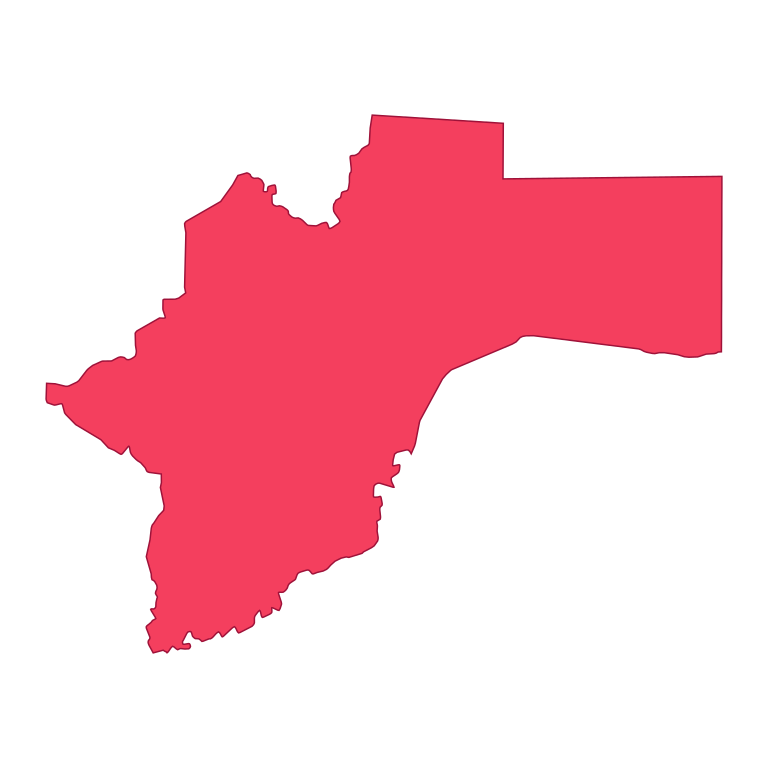 outline of Otjozondjupa
{"feature_id": "NAM-3349", "entity_name": "Otjozondjupa", "entity_type": "Region", "adm_level": 1, "iso_a3": "NAM", "parent_name": "Namibia", "parent_adm1": "", "projection": "natural_earth1", "projection_center": [17.471, -20.567], "detail": "fine", "context": "isolated", "style": "filled", "palette": "rose", "viewbox_px": 768, "rotation_deg": 0, "n_neighbors": 0, "source": "natural_earth", "source_scale": "10m", "svg_char_len": 6037}
<svg xmlns="http://www.w3.org/2000/svg" viewBox="0 0 768 768"><path d="M721.9,176.4L721.9,188.1L721.8,206.7L721.8,225.3L721.7,243.9L721.7,262.5L721.6,281.1L721.6,299.7L721.5,318.3L721.5,336.9L721.4,351.8L718.2,352.0L716.0,353.2L714.2,353.6L706.2,354.1L699.4,356.4L697.6,356.9L688.9,357.2L684.2,356.7L677.8,354.7L664.3,352.7L659.2,352.7L654.8,353.6L652.3,353.4L646.5,352.2L644.1,351.4L640.9,349.6L638.7,348.9L536.9,336.1L533.6,335.7L526.1,335.8L522.6,336.4L520.1,337.6L516.1,341.9L512.2,344.1L451.8,369.6L450.6,370.4L446.2,374.5L442.5,378.9L420.0,420.4L419.4,422.5L415.4,443.1L414.5,446.1L411.2,453.8L410.2,452.0L409.4,451.0L408.1,450.0L406.1,450.0L397.0,452.3L394.6,454.1L393.2,459.8L392.7,464.3L392.7,465.6L393.2,465.8L394.3,465.7L398.4,464.8L399.4,464.8L399.8,465.3L399.8,466.5L399.5,469.5L399.1,471.0L398.4,472.5L396.9,473.8L392.4,476.8L391.3,477.9L391.2,479.4L391.4,480.8L391.8,482.2L393.6,486.0L394.0,487.2L393.3,487.3L380.1,483.3L378.9,483.1L377.7,483.3L376.4,483.8L375.1,484.7L374.0,486.1L373.6,488.9L373.4,495.7L373.6,496.8L374.3,497.1L375.4,497.2L378.1,497.0L380.2,496.4L380.7,496.7L381.1,497.8L382.0,502.5L382.2,504.0L382.0,505.3L380.1,507.2L379.8,508.6L379.8,510.1L380.5,516.4L380.5,517.9L380.2,519.2L376.9,521.2L376.8,522.2L376.8,522.7L377.2,524.4L377.4,525.6L377.4,526.7L377.1,531.0L378.1,537.2L378.1,539.0L377.6,541.0L374.2,545.8L371.5,547.7L363.6,551.8L362.1,553.3L348.9,557.4L346.2,556.9L341.0,558.2L335.0,561.2L330.7,565.1L328.1,568.0L326.6,569.3L323.2,571.0L317.3,572.4L313.6,573.8L312.8,573.9L312.0,573.6L310.0,571.2L308.8,570.2L307.7,570.0L306.4,570.2L300.5,572.0L299.1,572.6L297.9,573.4L297.0,575.0L295.5,579.2L294.8,579.9L290.7,582.6L289.3,583.7L288.2,585.3L287.3,588.0L286.7,588.9L285.8,590.1L284.6,591.2L283.3,592.1L281.9,592.3L279.3,592.2L278.5,592.5L278.6,593.9L281.2,601.9L281.5,603.3L281.5,604.2L280.2,608.3L279.6,609.5L279.0,610.4L277.8,610.2L272.7,607.8L271.8,607.7L271.7,608.4L271.9,611.2L271.7,612.6L270.8,613.5L269.5,614.3L263.6,617.1L262.4,617.4L261.8,616.8L261.3,615.5L260.6,612.4L260.2,611.1L259.6,610.4L258.4,611.4L257.4,612.6L255.3,615.4L254.6,616.8L254.4,618.2L254.4,622.8L253.6,624.6L252.0,626.3L240.0,632.5L238.6,632.9L237.7,632.0L236.9,630.6L236.2,629.0L235.4,627.6L234.5,626.7L233.3,627.2L232.0,628.2L223.7,636.0L222.6,636.8L222.0,636.7L221.2,635.5L220.5,634.0L219.5,632.6L218.5,631.9L217.0,632.8L215.7,634.0L213.2,636.8L212.0,637.9L210.5,638.8L208.9,638.9L203.1,641.2L201.9,641.4L200.2,639.8L198.7,638.8L195.2,638.6L193.6,637.4L192.5,636.1L191.6,633.0L191.0,631.8L190.2,631.5L189.0,631.6L187.8,632.1L186.8,633.4L183.3,640.3L182.6,641.3L182.5,642.1L182.6,643.2L183.1,644.2L184.2,644.3L188.4,643.6L189.5,643.8L190.1,644.8L190.5,646.3L190.0,647.7L188.8,648.8L184.9,649.0L181.2,648.6L180.0,648.6L178.8,649.2L177.7,649.7L176.3,648.9L173.8,646.8L172.6,646.3L171.6,647.1L170.6,648.3L168.7,651.1L167.8,652.2L167.0,652.8L166.2,651.9L164.5,651.1L163.2,650.2L153.2,652.9L149.1,645.4L148.4,643.7L148.1,642.2L148.3,641.0L148.7,640.2L149.6,639.1L149.9,638.3L149.9,637.2L146.4,628.3L146.2,626.9L146.9,625.8L151.1,622.4L152.5,620.5L155.1,619.1L155.8,618.6L155.3,617.3L151.2,610.6L150.7,609.3L151.3,608.9L152.4,608.9L153.7,609.0L154.9,608.3L155.8,606.9L156.0,602.6L156.9,598.5L157.3,597.6L157.4,597.0L157.1,596.3L156.2,594.9L155.5,593.5L155.6,592.2L156.1,590.8L156.8,589.4L157.1,587.5L156.8,585.3L154.8,581.7L153.6,580.5L152.6,580.0L152.0,579.7L151.4,577.2L151.2,573.8L146.3,556.7L150.0,539.9L151.3,528.2L151.8,526.3L152.3,525.0L153.9,523.0L158.7,515.6L163.7,510.3L164.2,505.9L160.4,487.5L161.4,482.6L161.3,474.0L149.2,472.4L148.0,472.0L147.1,471.5L146.4,470.4L145.5,468.3L145.1,467.6L140.8,462.8L139.8,462.1L137.7,460.8L136.0,459.4L132.7,456.1L131.3,454.2L130.4,452.3L129.5,447.4L129.2,446.5L128.8,446.2L128.0,446.8L122.7,453.3L121.9,454.0L121.0,454.3L119.5,453.6L114.3,450.3L108.4,447.8L100.9,439.7L75.7,424.6L65.8,414.5L64.6,412.8L62.6,405.2L62.2,404.2L61.6,403.7L60.3,403.8L56.0,404.9L54.6,405.1L53.6,404.9L47.3,402.7L46.4,400.6L46.1,399.0L46.6,383.3L55.2,383.8L65.6,386.3L67.4,386.3L69.2,385.8L76.8,382.2L78.8,380.7L86.8,370.3L88.5,368.6L92.7,365.4L101.5,361.4L102.7,361.1L110.5,361.0L111.7,360.9L118.0,357.6L119.1,357.2L120.7,356.9L122.5,357.1L124.4,357.6L126.6,359.5L128.4,359.7L130.3,359.3L132.2,358.3L133.9,357.2L135.4,355.9L136.0,353.9L136.3,352.1L136.3,350.4L135.5,345.3L135.2,333.2L135.8,332.2L137.1,330.8L159.5,318.0L163.2,318.2L164.4,318.1L165.3,317.7L165.1,316.4L163.0,309.9L162.9,308.4L163.0,300.0L163.4,299.6L164.1,299.3L175.2,299.2L178.7,298.1L185.7,292.9L184.6,287.2L185.9,232.8L184.8,226.3L184.6,223.9L184.6,223.6L185.3,222.3L186.3,221.3L220.7,201.5L232.7,184.9L237.9,175.5L246.9,172.9L248.6,173.5L250.2,174.6L250.8,176.1L252.0,177.4L253.9,178.3L258.1,178.1L260.2,179.1L261.8,180.4L263.5,183.5L263.9,184.5L263.8,185.9L263.3,190.2L263.4,191.3L264.3,191.7L265.5,191.8L266.6,191.7L267.3,191.3L267.6,190.1L267.6,188.8L267.9,187.5L268.4,186.6L271.7,185.5L274.4,185.0L275.1,185.3L275.5,186.4L276.1,190.9L276.1,192.3L275.9,193.5L275.0,193.9L272.7,194.3L272.1,194.8L271.9,196.0L272.1,202.0L272.3,203.2L272.7,204.1L273.7,205.1L275.1,205.8L276.8,206.3L279.5,205.8L281.3,206.2L282.8,206.8L287.1,209.8L287.8,210.5L288.3,211.3L288.5,213.7L289.3,214.8L291.7,216.9L293.3,217.7L295.2,218.2L298.2,217.9L300.5,218.9L302.5,220.3L307.0,224.7L307.6,225.1L308.2,225.4L316.1,225.9L317.8,225.3L321.8,223.3L325.0,222.5L326.4,222.5L327.3,223.4L327.8,224.6L328.7,227.3L329.3,228.5L330.4,228.4L332.0,227.7L337.8,223.9L339.1,222.8L340.0,221.4L339.3,219.6L334.9,213.3L333.8,211.3L333.5,209.5L333.4,207.5L333.8,204.2L334.6,203.2L335.1,202.2L336.0,200.3L340.5,197.7L341.0,196.0L341.3,194.3L341.7,192.6L343.0,191.8L344.6,191.3L346.2,191.0L347.4,190.4L348.2,189.3L348.8,186.5L349.4,182.2L349.4,176.8L349.6,175.0L350.0,173.2L351.0,172.1L351.3,170.0L351.2,168.0L350.1,157.8L350.3,156.3L351.2,155.7L352.7,155.5L354.4,155.5L356.5,154.7L358.8,153.2L361.9,148.9L364.2,147.3L368.0,145.3L369.3,143.6L370.2,128.0L372.2,115.1L503.3,123.3L503.0,178.9L721.9,176.4L721.9,176.4Z" fill="#f43f5e" stroke="#9f1239" stroke-width="1.5"/></svg>